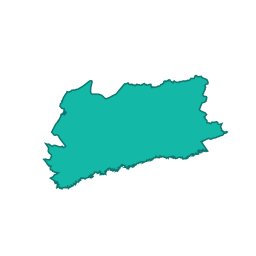 outline of Palenque, Los Rios, Ecuador, rotated 235°
{"feature_id": "8360857B53847682680021", "entity_name": "Palenque", "entity_type": "district", "adm_level": 2, "iso_a3": "ECU", "parent_name": "Ecuador", "parent_adm1": "Los Rios", "projection": "equal_earth", "projection_center": [-79.734, -1.333], "detail": "fine", "context": "isolated", "style": "filled", "palette": "teal", "viewbox_px": 256, "rotation_deg": 235, "n_neighbors": 0, "source": "geoboundaries", "source_scale": "gbopen_adm2", "svg_char_len": 5792}
<svg xmlns="http://www.w3.org/2000/svg" viewBox="0 0 256 256"><g transform="rotate(235 128 128)"><path d="M63.4,180.0L74.9,180.1L74.2,181.3L74.2,181.9L74.7,182.4L74.0,183.4L73.8,186.0L73.1,188.3L72.0,188.8L71.1,189.9L70.9,191.9L69.6,194.5L69.6,196.4L68.9,197.3L68.8,199.0L67.9,201.1L68.0,202.3L68.6,203.2L67.7,205.4L67.8,207.0L68.7,206.6L68.6,205.5L69.0,204.5L69.9,204.5L70.5,203.7L71.2,204.0L72.5,203.1L73.2,204.0L75.9,204.5L77.7,207.4L78.2,205.5L79.2,204.2L80.0,204.0L81.2,204.7L82.3,204.1L83.3,201.7L84.5,200.3L84.6,199.5L84.1,198.4L84.2,197.9L85.6,197.4L87.0,195.7L88.9,196.9L91.4,196.5L92.6,197.1L93.2,196.7L94.0,200.1L96.3,199.8L99.9,197.5L102.1,196.9L106.1,203.0L105.2,205.8L105.4,207.6L106.3,208.0L106.5,208.7L107.8,210.0L108.7,210.2L110.4,208.5L111.3,208.1L113.2,208.8L113.2,209.9L114.0,210.5L115.3,213.2L116.2,213.7L116.8,215.0L118.3,215.0L118.9,215.7L119.1,217.3L118.4,218.6L118.9,219.3L120.1,220.0L122.5,220.3L126.9,217.4L128.2,217.7L130.0,214.4L131.5,214.2L132.2,213.4L132.1,212.8L130.8,210.9L131.0,210.0L132.5,208.1L131.9,206.3L132.0,205.1L132.7,204.5L133.3,202.6L133.2,201.8L134.5,200.9L135.6,197.9L136.3,197.1L136.7,194.9L138.6,193.1L139.9,192.9L140.0,192.1L139.2,190.7L139.6,190.6L139.9,191.0L140.4,190.3L142.2,189.6L143.4,189.8L144.0,189.1L143.5,187.7L144.2,187.6L144.2,185.7L145.3,185.4L145.5,184.1L144.2,182.8L144.4,181.8L144.1,181.1L144.7,180.0L144.1,177.8L145.0,176.7L145.3,174.2L147.0,172.3L147.3,170.7L147.9,170.7L148.4,171.3L149.1,170.8L150.5,171.8L151.4,170.7L152.0,168.3L152.6,167.6L153.3,167.8L154.2,166.7L155.2,166.7L155.2,165.7L155.6,164.3L155.3,163.4L156.0,162.4L157.1,162.0L157.6,161.0L158.8,160.4L158.6,159.1L159.0,158.4L158.7,158.0L159.9,157.6L160.6,156.3L161.4,156.5L161.9,155.8L161.8,155.2L162.3,155.0L162.7,154.1L163.7,153.7L164.5,154.1L164.9,153.8L165.3,151.6L166.1,150.5L162.5,137.4L163.1,135.0L163.6,129.9L164.5,126.9L164.9,126.3L169.9,125.2L172.6,123.2L176.3,118.1L177.2,117.6L178.9,117.9L182.6,120.8L186.4,125.1L187.4,125.3L188.1,124.7L188.5,123.5L188.1,115.3L188.5,109.4L189.4,107.2L189.3,106.2L190.3,105.3L190.5,104.5L191.1,103.8L190.9,102.7L191.2,100.3L192.5,99.1L192.6,98.4L191.8,97.9L191.5,96.3L189.8,92.4L188.1,90.1L188.1,89.2L187.5,89.4L186.7,88.0L186.6,86.7L184.8,84.7L181.9,85.1L180.4,86.8L179.3,85.7L178.6,85.8L178.4,85.2L176.7,86.2L175.9,85.9L175.5,83.8L176.6,84.5L176.6,83.5L177.6,84.1L177.5,83.2L176.7,82.5L177.1,82.2L176.8,82.0L176.8,81.1L177.4,81.6L177.5,80.9L176.3,79.9L174.2,76.3L174.2,75.4L173.6,75.1L173.7,74.1L173.2,73.7L172.7,71.2L168.4,63.1L164.6,63.5L163.8,64.2L163.6,65.4L162.4,66.3L161.0,66.6L159.5,66.1L149.5,66.5L148.6,66.2L149.0,63.8L150.6,63.8L151.5,61.3L155.5,58.4L156.2,57.5L156.4,55.6L156.9,55.0L160.2,53.9L160.9,52.6L162.3,51.6L157.4,51.6L154.5,49.2L152.7,49.1L150.2,49.9L148.3,48.8L148.3,48.2L147.4,47.2L146.9,45.6L148.4,43.6L149.7,42.8L150.6,41.0L146.3,41.4L144.0,41.1L143.4,41.8L142.1,41.4L140.8,43.2L140.0,41.5L138.3,40.5L137.3,41.6L135.9,41.4L133.7,42.8L131.2,45.1L131.4,42.0L131.9,41.3L131.0,38.6L131.4,35.7L127.5,37.3L125.4,36.9L125.8,37.9L125.2,38.0L124.5,39.0L124.0,37.5L123.7,38.3L123.3,38.0L122.8,38.9L122.1,38.4L121.8,37.2L121.3,36.9L121.4,38.1L121.1,38.5L120.5,36.1L120.2,36.5L119.8,35.9L119.7,36.9L118.9,38.1L118.0,37.5L117.2,38.9L116.6,38.5L116.0,39.1L116.4,40.5L115.4,42.0L115.4,42.7L114.5,42.9L114.2,43.7L114.8,45.1L112.7,44.5L113.0,46.3L113.4,46.7L112.6,47.1L112.6,48.0L112.9,48.1L112.4,49.3L113.4,49.2L112.5,50.3L112.6,51.8L113.5,51.9L112.8,52.5L112.9,53.3L112.1,52.9L112.6,54.0L114.1,54.8L112.2,56.1L112.2,56.7L112.6,57.6L113.2,57.1L112.5,58.8L113.5,58.5L113.2,60.0L114.0,60.5L113.6,61.3L112.6,61.9L112.8,62.3L112.5,62.9L110.9,63.5L111.0,65.2L110.2,67.3L110.9,68.4L110.7,70.0L111.0,71.1L109.9,70.9L109.8,70.4L110.3,70.0L110.0,69.5L108.9,70.2L109.7,68.8L109.5,68.5L109.0,68.5L108.1,69.7L108.3,71.5L109.0,71.2L110.1,72.5L110.3,74.8L111.0,75.3L109.8,77.1L108.5,76.8L108.6,77.5L108.0,78.0L108.4,78.6L108.1,79.1L108.7,79.8L108.2,79.8L107.9,80.4L106.2,78.9L106.2,79.8L105.8,80.3L105.4,79.1L104.9,80.0L105.0,81.1L104.1,81.1L104.0,82.3L102.8,83.2L104.1,83.7L104.7,85.0L105.0,84.0L105.8,84.4L105.7,86.5L106.2,88.0L105.9,88.4L105.8,87.9L105.0,87.9L105.1,88.7L105.9,89.4L105.8,89.9L104.5,90.6L103.6,89.6L103.4,90.7L103.1,90.1L101.9,90.7L102.2,92.7L101.3,91.8L100.8,93.8L99.9,93.0L100.0,94.9L99.1,94.2L98.7,94.5L99.4,96.9L100.2,97.1L100.0,98.2L101.0,97.6L100.7,99.6L101.4,101.4L100.1,101.2L100.3,102.1L100.9,102.5L98.7,104.0L98.0,103.8L98.0,102.6L96.7,104.0L95.2,104.0L95.5,105.1L94.4,105.0L95.1,107.0L96.4,106.1L96.7,106.7L95.6,107.5L95.7,108.3L94.6,108.4L94.5,109.3L93.5,109.2L93.0,110.7L93.2,111.0L93.7,110.7L93.5,112.1L94.8,111.1L94.8,112.0L93.4,113.2L93.8,115.1L93.1,115.9L93.4,117.0L92.7,117.7L93.0,118.2L92.6,118.6L92.9,119.1L92.7,119.6L91.6,120.9L91.1,120.0L90.6,123.3L90.2,124.0L90.9,125.1L89.7,125.4L89.5,126.0L90.2,126.8L90.1,127.7L89.3,128.2L88.5,127.5L88.1,129.5L89.1,130.1L88.3,130.9L88.9,131.9L87.7,133.7L88.8,134.7L87.0,135.2L86.5,136.5L85.8,136.3L85.8,137.5L85.5,138.1L86.4,138.3L85.9,138.8L85.1,138.7L84.4,140.8L83.2,140.9L82.3,142.3L81.2,142.0L81.3,143.4L80.1,143.6L80.8,144.6L80.2,146.5L79.3,146.5L79.4,147.7L78.1,147.3L77.9,148.1L78.5,149.2L77.3,149.6L76.8,148.6L76.3,149.6L75.7,149.5L75.0,150.9L75.1,152.2L74.1,154.2L73.2,154.2L72.9,155.7L71.4,155.1L70.7,155.9L70.4,157.2L69.8,157.5L70.3,159.3L69.3,158.9L69.3,160.2L69.7,161.1L70.8,160.6L69.4,162.4L70.2,163.9L69.8,164.4L70.2,165.1L69.8,166.4L69.3,166.6L68.3,164.7L67.6,165.9L68.1,166.9L67.8,167.4L68.5,169.2L67.3,169.0L66.2,170.8L67.5,171.6L66.3,173.2L67.4,173.2L67.9,172.1L69.2,172.1L69.3,173.0L68.4,174.2L67.2,174.8L67.5,176.7L66.7,176.4L66.3,175.7L66.4,175.0L65.9,174.9L65.8,175.6L66.3,177.3L65.1,177.3L65.1,178.0L65.6,178.2L65.4,178.8L64.8,179.1L64.0,178.6L63.4,180.0Z" fill="#14b8a6" stroke="#0f766e" stroke-width="1.5"/></g></svg>